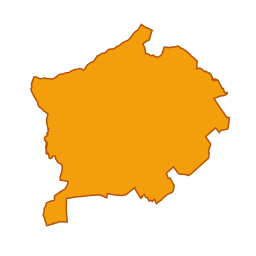 Odobesti, Bacau, Romania (Robinson projection), rotated 275°
{"feature_id": "2599482B55659261713862", "entity_name": "Odobesti", "entity_type": "district", "adm_level": 2, "iso_a3": "ROU", "parent_name": "Romania", "parent_adm1": "Bacau", "projection": "robinson", "projection_center": [27.145, 46.672], "detail": "fine", "context": "isolated", "style": "filled", "palette": "amber", "viewbox_px": 256, "rotation_deg": 275, "n_neighbors": 0, "source": "geoboundaries", "source_scale": "gbopen_adm2", "svg_char_len": 5679}
<svg xmlns="http://www.w3.org/2000/svg" viewBox="0 0 256 256"><g transform="rotate(275 128 128)"><path d="M170.8,30.0L165.7,28.5L163.6,28.0L162.5,28.1L160.8,28.6L160.3,28.6L158.3,27.9L158.1,28.1L156.5,28.4L155.5,29.0L154.2,30.1L152.4,30.9L149.7,32.9L148.0,33.9L146.7,35.1L145.4,35.9L143.9,36.2L142.6,36.7L141.5,37.5L141.1,38.0L140.5,39.0L140.0,39.5L139.7,40.7L137.7,42.3L137.4,43.3L135.1,47.0L131.9,46.6L130.2,46.3L126.3,46.5L125.7,46.6L125.2,46.9L123.2,47.4L121.5,48.1L120.9,48.2L120.7,48.9L120.3,48.3L117.8,48.8L116.8,48.5L116.1,48.0L115.2,47.6L114.9,47.8L114.9,48.7L114.7,48.7L112.9,48.2L112.8,47.9L112.7,46.6L111.8,46.4L111.0,45.7L109.8,45.8L108.7,46.0L108.2,47.1L106.4,47.6L106.8,48.3L106.7,48.4L106.2,48.4L105.7,48.6L104.9,48.4L104.9,48.9L104.5,48.8L104.4,48.1L103.9,48.0L103.7,48.2L103.7,48.7L103.3,48.7L103.2,47.8L103.0,47.6L102.0,47.9L102.0,48.4L101.9,48.6L101.3,48.7L101.0,48.5L100.7,47.7L99.6,48.1L99.2,48.6L98.3,49.0L98.1,48.4L97.9,48.3L96.9,48.6L96.1,48.6L96.2,49.2L96.1,49.8L95.9,49.7L95.2,49.2L95.1,49.6L95.9,50.4L95.6,50.9L95.2,50.7L93.8,51.4L91.1,52.3L90.7,52.6L90.8,53.1L91.7,54.9L92.2,55.1L93.7,55.3L93.7,56.7L93.5,58.0L91.7,58.4L90.9,58.8L87.7,61.0L85.9,64.9L85.5,65.3L84.9,65.6L83.5,65.8L81.7,66.0L79.6,65.8L79.2,66.1L78.6,66.0L74.8,64.9L73.2,64.8L70.2,64.9L69.6,72.8L66.4,72.8L62.7,71.0L61.7,70.7L61.2,70.1L60.7,68.9L59.0,66.9L58.5,65.9L56.9,64.2L54.4,61.1L53.5,60.8L51.8,60.8L50.2,61.0L49.3,60.8L48.5,57.5L46.2,53.3L44.8,53.2L44.0,53.0L42.7,52.6L40.8,51.7L40.2,51.6L38.3,51.7L36.3,51.6L34.5,51.0L34.1,51.0L31.9,52.2L31.1,52.9L28.9,53.3L28.3,53.5L26.3,54.7L24.9,55.0L24.2,55.2L23.7,55.6L23.8,56.1L23.8,56.5L24.2,57.1L24.8,58.3L24.9,58.9L25.6,61.1L26.5,61.0L26.5,61.5L26.1,62.2L26.6,62.8L27.4,65.3L28.5,67.6L28.7,68.3L28.7,69.3L28.9,69.5L28.9,70.0L28.7,70.4L29.0,75.6L40.8,73.7L48.6,73.1L52.5,73.0L52.9,75.1L54.4,80.6L55.1,83.4L55.5,86.6L55.9,88.3L56.0,88.6L57.9,98.5L58.7,104.5L58.8,105.6L58.6,106.5L56.6,113.0L57.5,112.9L60.8,113.1L60.2,120.7L60.3,129.0L60.7,129.4L61.5,131.0L61.2,131.6L64.5,135.0L69.0,139.9L68.5,139.9L68.2,140.1L59.2,146.6L59.4,146.7L59.6,147.3L60.1,148.2L60.9,147.6L61.1,147.7L61.5,148.8L62.2,149.0L63.2,150.1L60.4,151.6L60.3,152.2L60.5,153.4L60.3,153.8L58.1,154.6L57.4,155.1L57.1,155.4L58.0,156.9L57.9,157.2L57.4,157.5L56.9,158.5L57.3,158.6L58.5,160.2L59.0,160.1L59.4,160.7L55.3,162.7L55.1,162.9L55.3,163.0L59.6,167.9L60.3,168.3L61.2,168.9L65.4,173.2L67.1,176.6L67.9,177.7L69.5,178.5L73.0,179.0L74.7,179.0L81.8,174.2L81.4,172.3L82.6,171.9L85.9,170.4L86.2,170.3L87.1,171.0L93.3,176.7L92.6,177.1L91.1,178.6L87.9,181.3L87.5,181.9L86.6,182.9L86.6,184.2L86.5,184.7L86.7,185.5L86.7,187.8L86.4,190.9L85.9,192.0L86.1,192.5L86.9,193.7L87.6,194.6L103.7,209.7L104.8,210.7L105.3,210.9L110.2,211.1L110.5,210.5L110.8,210.4L112.0,210.4L115.6,210.8L116.4,211.3L117.6,211.3L119.1,211.9L119.7,211.3L126.2,206.1L128.7,208.6L135.8,215.2L131.4,219.3L132.7,219.8L133.9,221.4L134.2,222.3L134.6,224.2L135.4,226.5L135.9,227.3L136.3,227.6L137.3,227.7L146.9,228.1L147.5,226.6L147.0,225.6L158.3,216.3L164.7,211.2L165.9,213.1L166.4,214.6L167.6,216.7L168.1,218.0L168.5,220.1L168.9,221.4L169.6,222.6L171.2,224.0L172.0,223.7L171.8,223.1L171.3,222.2L171.3,221.7L171.8,221.5L171.8,221.2L172.7,220.8L172.6,220.5L174.3,219.9L174.4,219.7L174.9,219.6L175.3,219.8L175.7,219.8L175.5,219.2L175.7,218.9L175.8,217.9L177.1,217.5L183.3,213.6L183.5,213.3L183.6,212.7L183.1,212.3L183.2,212.1L183.6,211.7L184.4,211.4L184.4,211.1L184.2,210.9L184.3,210.0L183.4,210.5L183.0,210.5L182.7,210.3L182.6,209.6L183.2,209.0L183.5,208.3L183.5,208.0L183.4,207.4L183.6,207.3L183.8,207.4L184.2,208.0L185.0,207.9L185.2,207.5L185.4,207.4L185.7,207.5L186.5,207.1L187.1,206.5L188.6,206.0L188.6,205.6L189.1,205.0L189.3,204.5L189.9,204.4L189.9,203.3L190.5,201.8L191.4,200.7L190.9,200.0L191.0,199.1L192.9,196.6L193.6,195.4L193.8,194.7L193.8,193.7L193.1,191.2L194.2,191.4L198.9,190.9L199.6,191.1L200.9,191.0L203.9,186.9L205.1,184.9L207.3,182.7L209.5,179.7L210.0,178.9L210.3,178.0L211.0,176.9L212.1,174.7L211.9,174.5L212.0,173.9L212.4,173.3L213.3,172.1L213.9,170.8L213.7,169.5L213.3,168.7L212.9,167.9L212.8,166.6L212.4,164.3L211.6,161.6L211.8,159.4L212.0,158.8L212.0,158.0L211.7,157.3L211.3,156.8L208.9,156.4L207.3,155.8L206.5,156.0L205.7,155.9L204.6,155.4L202.6,153.8L201.5,152.2L201.2,151.4L201.4,149.7L201.8,148.2L202.0,147.7L202.8,147.1L202.7,146.7L202.0,145.0L202.3,143.8L202.9,142.8L203.8,140.8L203.4,139.3L204.6,138.8L205.3,138.8L207.9,138.1L210.6,137.0L212.9,135.5L213.3,135.8L214.2,136.7L214.5,137.4L214.9,137.6L215.5,138.2L216.0,138.5L216.4,139.2L216.4,140.0L217.9,141.7L218.3,141.6L218.8,141.4L219.1,141.7L220.8,142.3L221.4,142.2L221.9,142.2L223.6,142.7L224.8,142.6L225.4,143.0L226.0,143.0L226.5,143.3L226.9,143.3L227.3,143.7L229.8,137.4L230.4,135.5L232.3,132.2L228.6,130.5L226.4,129.1L225.3,127.7L223.5,125.9L218.6,122.8L216.9,121.7L216.3,121.4L215.5,120.4L215.2,120.1L215.1,119.6L214.8,119.1L214.1,118.3L213.6,116.7L212.2,115.0L209.5,112.3L209.0,111.5L208.7,110.6L207.2,108.7L206.1,107.6L205.8,107.1L205.3,105.4L205.1,103.3L204.1,101.3L201.0,98.8L200.7,98.3L200.2,96.1L199.7,95.0L198.0,92.9L196.9,91.0L196.3,90.6L193.5,89.3L191.4,87.9L190.6,86.9L190.4,86.5L190.2,85.5L189.7,84.6L188.5,83.5L187.4,82.1L186.4,81.5L183.3,79.9L182.4,79.2L182.1,78.6L182.0,78.1L182.9,76.2L183.1,74.4L182.1,72.8L181.8,70.9L181.8,70.3L181.2,69.3L180.8,68.4L180.1,66.8L178.3,64.9L178.0,64.0L177.8,62.2L176.9,59.9L176.1,58.3L175.6,55.4L174.3,53.7L172.5,51.9L171.8,51.2L171.0,50.0L170.0,47.7L170.0,47.0L170.3,46.2L170.4,45.4L170.1,43.5L170.1,42.8L170.2,42.0L170.7,41.3L170.3,39.6L169.7,38.0L169.4,36.4L169.4,35.7L169.9,34.6L170.6,32.6L170.8,31.8L170.8,30.0Z" fill="#f59e0b" stroke="#b45309" stroke-width="1.5"/></g></svg>